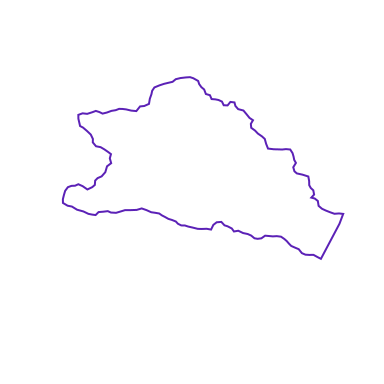 São José de Ubá, Rio de Janeiro, Brazil, rotated 56°
{"feature_id": "56859067B33717371595931", "entity_name": "São José de Ubá", "entity_type": "district", "adm_level": 2, "iso_a3": "BRA", "parent_name": "Brazil", "parent_adm1": "Rio de Janeiro", "projection": "mercator", "projection_center": [-41.953, -21.389], "detail": "fine", "context": "isolated", "style": "outline", "palette": "violet", "viewbox_px": 384, "rotation_deg": 56, "n_neighbors": 0, "source": "geoboundaries", "source_scale": "gbopen_adm2", "svg_char_len": 2353}
<svg xmlns="http://www.w3.org/2000/svg" viewBox="0 0 384 384"><g transform="rotate(56 192 192)"><path d="M319.5,122.5L300.8,87.5L294.7,78.9L292.0,82.1L289.7,86.1L285.9,88.9L282.1,91.5L278.6,93.6L274.3,94.8L269.8,92.7L266.0,93.9L263.4,96.2L262.4,92.2L258.4,90.5L255.1,91.3L251.9,91.0L248.5,88.8L244.2,86.9L239.4,90.7L235.2,94.7L232.1,95.5L228.1,94.2L226.0,89.6L222.5,89.3L219.4,88.0L216.0,86.9L211.7,86.8L209.0,90.1L207.2,93.5L205.0,96.5L202.3,100.3L198.5,104.7L193.5,103.6L188.7,102.0L185.0,102.9L180.4,104.7L176.3,105.4L171.9,107.0L168.4,105.1L166.6,101.3L162.7,102.9L158.0,103.3L153.2,103.8L149.1,107.4L144.9,107.9L141.5,106.7L138.8,109.8L140.1,114.1L137.8,117.2L133.8,116.6L130.5,118.6L128.2,120.9L125.9,123.8L121.8,123.0L118.5,125.7L113.8,124.6L110.3,125.6L106.5,125.7L103.4,124.8L98.4,127.3L95.7,129.4L93.6,133.0L91.1,137.8L89.4,142.4L89.8,146.5L88.3,150.4L86.7,154.7L85.4,159.3L84.3,164.7L85.8,168.4L88.3,171.0L91.1,174.8L94.9,178.4L94.0,183.5L92.0,187.2L93.8,192.9L90.5,196.9L86.7,200.4L84.1,203.4L82.3,206.0L81.5,209.5L79.7,213.4L78.5,218.2L77.0,222.3L73.9,224.1L71.0,226.4L70.1,230.1L68.6,235.2L65.6,238.7L64.5,243.1L67.7,245.2L71.6,246.7L74.7,247.9L77.7,246.3L82.8,244.9L87.8,243.8L92.6,244.5L95.4,246.5L100.4,246.0L103.7,242.7L107.7,240.8L111.8,239.2L115.3,238.0L118.1,241.3L122.9,242.9L123.2,248.1L127.1,252.8L128.5,258.2L127.7,262.5L128.4,265.9L131.8,268.6L132.2,272.0L131.4,277.3L126.0,279.4L122.0,281.9L121.4,285.4L119.5,288.5L118.6,292.2L120.1,296.5L122.9,299.9L125.8,303.1L128.9,305.1L133.8,302.8L136.9,299.7L142.4,297.2L147.4,292.9L152.2,290.1L154.9,287.4L157.2,284.8L156.4,280.7L158.7,276.6L160.8,272.5L163.7,270.7L166.8,266.6L168.2,262.2L169.6,257.6L172.9,252.7L175.9,247.9L177.5,242.9L181.5,239.9L186.0,237.1L188.6,234.2L191.5,231.2L194.6,230.0L197.5,228.4L201.1,226.6L203.9,224.3L207.4,221.9L210.5,221.4L213.7,219.6L215.8,216.6L218.5,214.5L221.8,211.4L225.8,207.8L228.1,204.6L230.7,200.4L233.8,197.2L231.2,192.7L230.9,188.5L233.2,184.4L237.8,183.7L240.3,181.7L244.5,179.4L248.2,179.3L250.0,175.3L254.6,172.6L258.0,169.3L261.2,167.3L265.3,166.1L267.5,163.8L269.2,160.4L269.1,155.8L271.3,153.1L274.0,149.8L276.0,146.4L278.8,143.2L282.6,141.7L285.7,140.9L289.0,140.5L292.2,139.9L295.9,137.6L299.1,135.5L304.1,135.1L307.4,133.0L309.7,130.0L312.1,126.4L316.2,124.3L319.5,122.5Z" fill="none" stroke="#5b21b6" stroke-width="2"/></g></svg>